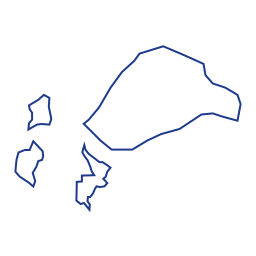 outline of Mokpo-si, South Jeolla, South Korea
{"feature_id": "91817680B26607970527366", "entity_name": "Mokpo-si", "entity_type": "district", "adm_level": 2, "iso_a3": "KOR", "parent_name": "South Korea", "parent_adm1": "South Jeolla", "projection": "mercator", "projection_center": [126.362, 34.795], "detail": "fine", "context": "isolated", "style": "outline", "palette": "blue", "viewbox_px": 256, "rotation_deg": 0, "n_neighbors": 0, "source": "geoboundaries", "source_scale": "gbopen_adm2", "svg_char_len": 1224}
<svg xmlns="http://www.w3.org/2000/svg" viewBox="0 0 256 256"><path d="M163.2,46.3L139.5,53.6L134.3,60.8L121.9,72.1L110.6,87.6L99.2,107.2L88.9,119.6L83.7,123.8L92.0,132.0L100.2,140.3L111.6,149.6L132.2,149.6L147.7,140.3L161.1,134.1L179.7,128.9L201.4,114.5L212.8,113.4L222.1,116.5L237.5,120.7L240.6,104.1L237.5,94.9L225.2,87.6L212.8,83.5L205.5,75.2L203.5,63.9L182.8,54.6L163.2,46.3ZM95.8,159.3L88.7,153.8L85.5,149.8L84.3,145.1L82.3,152.2L84.3,155.8L85.9,158.1L87.5,160.1L88.7,162.9L90.2,166.5L91.8,171.6L94.2,175.2L81.9,175.6L81.9,181.5L76.8,181.9L76.4,200.6L80.7,204.1L83.9,202.9L89.4,209.7L89.8,204.5L87.5,201.3L87.9,197.0L90.2,197.0L93.0,193.4L95.0,188.7L96.6,186.3L99.8,187.1L104.5,186.3L107.3,183.1L103.3,178.8L105.7,176.8L107.3,171.6L110.5,167.7L107.3,165.3L102.5,162.1L99.4,162.1L95.8,159.3ZM35.2,181.0L32.7,172.9L36.4,166.7L38.3,161.1L42.0,159.9L43.2,156.2L42.6,151.2L33.3,141.3L29.6,150.0L24.7,150.0L18.5,152.5L16.6,159.3L16.0,164.9L15.4,171.7L19.7,176.6L29.0,182.8L33.3,186.5L35.2,181.0ZM51.3,119.0L48.8,106.6L49.4,97.9L43.9,94.9L38.3,99.8L32.1,103.5L29.0,105.4L29.6,109.1L32.1,112.8L32.1,119.6L29.0,123.3L28.4,129.5L37.0,124.6L41.4,124.0L49.4,124.6L51.3,119.0Z" fill="none" stroke="#1e3a8a" stroke-width="2"/></svg>